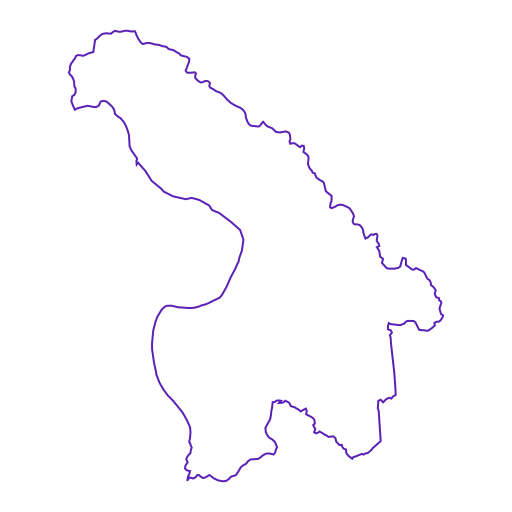 outline of Araguatins, Tocantins, Brazil
{"feature_id": "56859067B78666971214463", "entity_name": "Araguatins", "entity_type": "district", "adm_level": 2, "iso_a3": "BRA", "parent_name": "Brazil", "parent_adm1": "Tocantins", "projection": "robinson", "projection_center": [-48.121, -5.645], "detail": "fine", "context": "isolated", "style": "outline", "palette": "violet", "viewbox_px": 512, "rotation_deg": 0, "n_neighbors": 0, "source": "geoboundaries", "source_scale": "gbopen_adm2", "svg_char_len": 5978}
<svg xmlns="http://www.w3.org/2000/svg" viewBox="0 0 512 512"><path d="M221.8,295.2L219.6,297.7L211.3,301.7L209.8,302.5L207.2,303.7L205.6,304.3L201.5,305.4L199.0,306.5L195.6,307.5L193.4,307.8L189.8,308.1L177.6,307.2L171.7,305.7L166.9,305.8L165.2,306.5L163.1,308.2L161.2,310.4L157.3,316.9L155.5,321.7L153.3,330.3L152.1,342.4L152.0,344.9L152.1,349.3L153.7,360.6L154.5,365.2L156.2,372.6L156.3,374.6L157.0,376.2L159.3,382.2L160.2,384.0L163.8,390.0L167.9,395.6L170.3,397.8L173.8,401.6L181.6,411.3L183.0,413.3L184.4,415.7L187.0,420.4L188.0,422.6L188.8,424.3L190.1,427.5L190.5,432.4L190.1,437.4L189.2,442.1L190.3,443.6L190.7,445.4L191.7,447.5L190.7,450.7L190.4,453.2L188.9,454.6L187.3,456.6L186.3,459.2L187.6,462.4L185.4,465.7L185.0,468.5L186.7,470.3L190.1,471.1L189.4,473.6L188.2,476.2L187.2,480.8L188.5,478.8L189.8,477.5L193.4,478.5L196.1,476.8L197.3,475.0L199.0,475.1L200.8,476.6L202.8,478.0L204.4,477.8L206.5,476.8L209.4,475.0L214.1,478.5L218.2,480.4L223.0,481.3L226.1,480.9L228.7,479.2L231.1,476.6L234.0,475.8L235.8,475.2L238.0,472.1L240.7,467.4L242.0,466.2L244.0,464.8L246.4,463.6L247.3,461.9L250.3,459.5L256.7,459.0L258.3,458.8L260.8,457.2L262.5,455.6L265.5,453.9L267.2,453.5L269.8,453.5L273.5,454.5L275.1,452.8L275.9,449.8L277.1,447.1L274.9,441.9L271.7,439.0L270.0,438.3L268.0,436.3L266.5,433.6L265.8,431.9L265.4,427.9L270.2,419.1L271.0,414.6L271.3,411.2L272.0,408.1L272.7,402.2L274.6,402.0L276.5,400.7L278.7,400.4L281.0,400.8L279.0,403.0L281.1,402.9L283.4,402.4L285.3,400.7L289.1,402.7L290.9,406.2L294.8,407.3L296.3,408.4L298.8,409.7L300.6,411.4L303.1,410.0L305.8,408.6L306.8,410.9L306.1,414.3L311.6,417.1L313.7,418.8L314.5,420.4L314.8,423.6L313.2,425.1L315.3,429.1L314.1,432.2L316.1,433.4L317.9,432.7L319.5,431.5L322.7,433.3L324.4,434.5L326.5,435.4L328.4,436.9L330.6,436.7L333.2,436.3L335.5,438.3L336.2,441.6L339.4,445.0L341.8,444.9L342.2,446.7L343.7,448.7L346.0,449.5L346.2,452.7L348.2,455.6L352.2,458.7L353.5,456.9L355.2,456.6L361.9,453.9L363.6,454.6L365.7,453.3L367.4,453.2L369.6,451.6L371.8,449.5L372.8,448.1L380.7,441.1L378.7,410.8L377.8,408.4L378.3,400.9L380.7,399.7L383.1,402.3L386.3,399.1L389.3,397.8L391.4,398.6L392.7,396.8L395.7,394.9L395.3,386.9L394.3,372.8L391.1,344.5L390.6,337.5L389.9,335.1L391.9,332.7L390.8,330.4L387.9,329.3L388.0,325.9L388.8,323.1L390.5,324.1L400.1,325.2L404.4,323.5L405.7,321.8L407.6,320.9L413.6,321.0L415.3,322.2L419.1,329.8L428.0,330.8L432.1,327.9L434.9,325.4L434.4,322.8L436.8,321.7L439.0,321.6L440.5,320.4L442.6,317.2L443.1,315.4L441.0,314.0L439.5,308.7L440.2,306.2L441.4,302.9L440.7,301.2L439.2,300.3L438.9,298.1L436.4,297.3L435.4,295.7L434.8,293.6L435.7,290.3L434.6,288.5L433.2,286.8L430.9,285.0L430.8,282.8L429.7,280.3L427.4,278.7L425.6,275.3L424.9,273.5L423.4,271.6L418.7,269.4L416.0,268.0L414.1,269.6L412.0,269.5L408.4,266.7L406.0,265.0L406.0,260.9L405.7,258.6L402.7,257.9L401.3,262.4L400.2,266.6L398.0,268.0L394.2,268.7L391.4,268.7L389.1,268.7L386.7,268.1L382.0,263.0L383.0,258.8L380.1,256.6L379.3,251.0L376.9,247.2L379.3,246.0L378.8,244.0L376.7,240.8L377.5,235.7L376.6,233.9L374.8,234.0L373.5,234.9L371.1,234.4L369.3,235.9L368.2,237.2L365.5,238.6L364.3,235.6L363.4,232.9L363.1,230.1L362.1,227.8L359.7,225.0L357.3,224.4L355.2,224.4L353.7,223.8L352.8,222.3L352.7,220.3L354.0,216.3L353.1,213.6L349.7,208.4L348.3,207.5L342.8,205.0L340.4,204.6L338.8,205.0L337.0,205.5L335.3,206.7L331.5,208.2L330.1,207.3L330.5,203.5L331.5,201.0L331.6,195.9L325.9,191.3L323.9,183.0L322.7,181.5L319.4,179.8L316.5,177.6L315.7,175.9L314.8,173.4L312.5,172.5L311.7,170.5L309.9,168.8L307.9,164.1L308.6,158.2L308.1,156.0L306.6,154.2L303.4,152.0L304.2,148.3L303.8,146.1L302.2,145.5L300.0,147.2L297.2,145.2L294.9,143.4L292.9,143.2L290.2,143.7L289.5,141.5L290.4,139.0L289.9,134.7L288.9,132.7L285.7,131.4L279.7,132.5L276.0,131.9L272.1,128.2L270.0,127.4L267.7,126.5L265.7,124.9L264.5,123.4L263.1,121.8L261.5,123.6L260.3,125.4L258.8,126.5L256.7,126.4L254.7,126.1L252.7,126.0L250.6,125.5L248.9,124.1L247.4,121.6L246.6,119.3L245.8,117.5L245.8,115.1L244.9,112.5L243.6,110.5L241.8,108.8L239.9,107.6L237.7,106.7L235.6,105.7L233.2,104.3L230.9,103.0L227.2,99.6L225.9,98.1L224.5,96.5L223.1,95.0L221.6,93.6L219.7,92.5L217.4,91.7L215.6,90.9L213.8,89.6L211.9,88.5L210.3,87.7L209.3,86.0L210.0,83.0L208.3,81.4L206.6,80.9L204.6,81.2L202.3,82.3L200.5,82.4L198.5,81.2L196.4,79.3L195.3,77.9L195.2,75.7L196.0,73.6L194.8,72.3L193.0,72.5L190.9,72.7L188.8,72.8L186.9,72.5L185.6,70.7L186.6,68.4L187.3,66.3L188.1,64.1L189.1,62.0L189.3,58.8L186.9,56.9L180.9,55.4L179.3,53.5L177.5,52.7L175.7,51.6L173.9,50.4L172.1,49.8L170.4,49.5L168.4,48.9L166.8,47.1L164.9,46.5L163.0,46.3L160.9,45.6L158.9,44.9L156.7,44.6L154.6,44.4L152.7,43.8L150.3,43.1L148.0,42.9L146.2,43.1L144.4,43.7L142.7,44.0L140.5,42.2L139.3,40.2L138.1,38.6L137.3,36.6L136.4,35.0L135.7,32.8L134.8,31.2L132.9,31.5L130.6,31.4L127.8,30.8L125.3,30.7L122.8,31.3L119.8,31.9L117.3,31.4L115.0,30.8L112.7,32.2L110.9,33.7L106.3,33.3L104.3,33.5L102.0,34.2L100.2,35.5L98.4,37.2L96.7,38.9L95.1,39.9L93.3,52.0L91.2,52.6L89.2,53.1L87.0,54.1L85.1,55.1L83.0,55.8L80.5,55.3L77.8,55.1L75.9,56.1L75.1,58.3L73.6,60.0L72.6,61.7L71.1,63.6L70.3,65.7L69.9,67.4L70.0,69.9L68.9,72.3L69.9,74.5L71.6,76.1L73.0,78.3L74.1,81.6L74.2,84.2L74.4,86.5L75.4,87.9L75.7,89.9L75.6,92.5L74.2,95.1L72.3,96.1L71.3,101.3L73.4,106.6L74.9,109.8L76.7,108.6L78.8,107.9L87.6,105.8L93.9,107.0L96.7,106.9L99.0,105.4L99.8,103.1L100.9,101.4L103.4,100.9L105.8,101.3L107.5,102.3L112.0,106.5L113.7,109.0L114.6,111.3L114.9,113.8L116.5,115.3L118.5,117.0L120.4,118.0L123.8,122.0L124.7,123.6L126.2,126.6L127.1,128.9L128.4,132.8L129.0,135.4L129.6,146.2L130.5,148.4L131.3,150.2L137.1,158.5L136.4,161.2L136.7,164.5L138.1,162.7L145.3,170.9L148.1,175.2L151.6,180.8L161.3,188.8L163.6,191.5L173.0,196.3L185.8,199.2L191.6,197.9L197.4,199.4L199.6,200.1L209.3,205.6L211.9,209.9L216.2,211.8L219.0,212.8L231.7,222.5L240.1,230.0L243.4,239.5L242.4,247.5L241.8,250.9L239.4,257.6L238.5,261.9L237.6,263.4L234.8,269.7L230.8,277.1L226.5,286.9L221.8,295.2Z" fill="none" stroke="#5b21b6" stroke-width="2"/></svg>